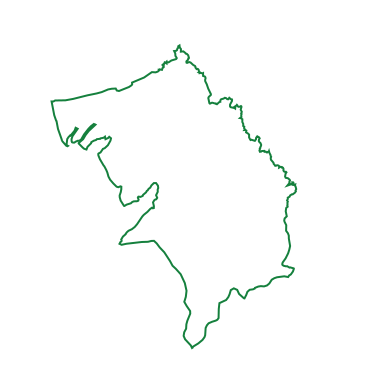 Paser, Kalimantan Timur, Indonesia (orthographic projection), rotated 155°
{"feature_id": "22746128B17746000623405", "entity_name": "Paser", "entity_type": "district", "adm_level": 2, "iso_a3": "IDN", "parent_name": "Indonesia", "parent_adm1": "Kalimantan Timur", "projection": "orthographic", "projection_center": [116.052, -1.688], "detail": "fine", "context": "isolated", "style": "outline", "palette": "green", "viewbox_px": 384, "rotation_deg": 155, "n_neighbors": 0, "source": "geoboundaries", "source_scale": "gbopen_adm2", "svg_char_len": 6070}
<svg xmlns="http://www.w3.org/2000/svg" viewBox="0 0 384 384"><g transform="rotate(155 192 192)"><path d="M141.4,330.1L142.9,329.9L143.5,328.5L144.5,328.3L145.7,326.9L146.7,326.7L148.6,327.3L148.6,324.7L149.5,322.4L149.2,320.1L149.4,319.6L150.3,319.2L155.1,319.9L158.4,319.4L159.5,319.8L159.9,320.3L159.8,320.9L160.3,320.7L160.8,319.3L162.0,321.0L163.4,319.7L163.7,320.0L165.1,319.6L165.1,318.8L164.4,318.1L164.9,317.1L166.3,316.8L167.6,315.4L169.6,316.9L170.1,316.3L170.5,316.6L170.6,316.1L172.1,315.6L174.4,315.8L177.7,317.6L187.0,316.0L200.1,316.5L200.7,314.9L201.6,314.3L204.7,313.8L215.5,314.4L217.3,315.8L217.4,318.0L221.1,319.5L224.7,320.4L231.6,320.7L236.7,321.6L245.9,323.8L260.4,326.6L268.0,328.6L277.4,332.8L279.3,332.6L281.0,333.4L284.4,319.8L285.0,314.0L284.8,313.6L286.8,305.8L287.9,294.5L288.2,293.5L288.6,293.5L288.2,293.3L286.4,287.1L285.5,286.1L284.9,286.2L285.5,287.0L285.6,288.1L282.7,292.7L280.8,293.9L278.5,294.8L278.3,294.4L272.5,297.2L270.3,299.4L268.9,297.6L276.7,293.1L278.8,290.9L279.6,289.0L279.7,287.8L279.0,287.1L277.8,286.5L276.0,286.8L273.7,286.7L272.7,286.1L270.3,286.4L265.5,289.8L259.2,293.0L255.9,294.3L251.5,295.3L251.9,295.0L251.0,293.8L259.7,291.0L264.4,288.6L268.3,285.9L274.0,284.3L274.2,283.9L272.3,278.5L271.5,276.8L269.7,275.1L267.6,277.1L262.9,278.8L262.2,279.7L259.4,280.0L257.0,279.7L255.9,280.1L252.7,279.0L252.3,279.3L249.1,278.5L247.5,278.9L248.1,276.4L245.1,276.4L243.7,277.0L242.7,274.9L244.2,273.0L248.5,269.9L252.6,268.6L254.5,268.7L258.2,266.5L260.4,266.4L260.9,266.1L261.4,264.7L261.6,260.6L260.9,253.3L260.6,252.4L260.4,248.3L260.5,245.5L261.2,241.3L261.0,237.7L259.7,233.0L258.1,228.7L256.8,227.5L254.5,227.4L253.8,226.7L254.9,224.4L256.7,221.9L259.0,219.5L259.7,217.9L260.3,214.4L259.5,208.2L259.1,207.9L256.6,208.2L252.1,207.6L250.4,208.2L248.6,208.1L245.8,206.9L244.4,206.8L243.6,207.7L243.5,209.7L242.7,210.4L242.4,210.4L240.7,209.3L238.3,209.3L237.5,210.1L233.8,211.1L232.5,212.1L231.5,212.2L230.0,213.2L228.0,213.6L226.0,215.1L222.8,216.2L220.8,215.3L220.2,212.1L220.9,209.9L222.1,208.7L223.0,206.6L225.9,204.3L226.0,201.4L227.5,200.5L228.6,200.7L229.6,200.5L231.7,199.1L232.5,195.3L233.4,193.6L234.4,193.8L234.8,194.7L237.1,194.3L240.8,192.8L245.3,191.7L247.4,190.8L255.4,186.0L258.7,184.5L262.2,183.7L265.9,183.7L267.9,183.1L269.7,182.2L269.9,181.8L273.4,180.8L276.2,178.9L276.2,178.0L276.8,177.1L278.0,176.9L279.6,175.7L278.1,173.9L273.3,172.8L258.6,167.9L253.0,165.5L249.5,164.8L247.1,163.8L245.7,160.3L244.7,155.4L242.6,149.1L241.1,138.6L240.8,133.4L239.1,129.2L237.0,122.2L237.0,112.5L238.7,104.8L241.9,99.6L245.4,95.7L245.0,90.9L244.0,84.9L245.0,82.5L250.6,77.3L253.0,74.5L255.1,70.6L258.3,68.2L260.4,65.1L260.5,61.4L257.9,53.4L257.9,50.6L257.3,50.7L257.3,51.3L250.3,52.1L245.0,53.5L242.1,55.1L240.6,56.6L237.1,63.0L234.8,64.9L232.4,66.0L228.6,65.9L224.8,65.4L223.0,65.5L221.2,66.5L217.1,74.8L214.1,79.7L206.7,79.7L203.5,81.4L201.1,83.5L198.3,86.7L194.8,87.0L192.4,84.2L192.4,79.7L189.9,73.8L189.4,73.4L186.3,75.8L184.0,78.1L181.1,79.0L177.8,78.0L175.9,78.0L175.5,78.5L171.9,78.3L169.4,77.6L166.6,76.0L163.5,75.6L160.6,76.4L156.8,78.8L153.8,79.1L151.0,78.8L144.0,76.6L140.8,74.3L139.2,75.3L137.3,75.5L134.1,77.3L132.1,79.4L132.1,79.8L134.9,82.2L135.6,82.3L137.1,84.5L138.2,84.9L140.0,86.3L140.8,87.5L140.7,88.5L139.6,89.8L135.2,92.3L130.8,95.8L128.3,98.5L125.9,101.6L123.9,108.9L122.7,111.6L122.5,114.0L123.1,117.1L120.6,122.1L120.7,126.1L120.4,127.3L119.2,128.9L116.4,129.9L115.2,134.9L113.6,137.4L113.1,137.9L111.6,138.2L111.3,138.7L111.3,139.7L110.5,140.6L110.2,141.8L109.2,142.8L109.4,144.2L108.1,145.2L107.6,146.4L105.6,146.5L104.5,147.4L102.5,147.7L101.8,147.3L99.0,147.9L97.6,148.7L97.6,149.5L96.3,150.6L95.8,153.4L96.0,154.3L95.4,155.1L96.4,155.1L97.5,155.8L96.2,157.1L96.2,157.9L96.7,158.2L96.7,157.6L97.6,157.6L98.0,157.0L98.6,157.5L98.9,157.1L102.9,157.5L100.2,158.8L99.2,160.4L98.3,161.0L98.3,161.9L99.3,164.0L101.1,165.3L101.1,166.7L99.4,169.1L98.1,169.9L98.3,170.6L99.4,171.1L100.0,171.9L100.0,173.0L99.3,174.3L99.3,175.5L100.1,176.0L99.9,176.5L101.0,177.4L102.7,177.3L102.3,177.9L102.2,179.0L102.9,179.9L103.7,180.3L105.0,180.3L105.7,180.9L105.6,181.6L106.1,183.0L105.8,184.1L106.8,187.9L106.3,189.6L105.4,190.4L105.5,191.6L105.2,192.2L105.3,194.8L105.0,196.4L105.3,196.1L106.8,196.4L107.2,196.1L107.7,196.4L108.1,197.4L109.3,197.8L109.1,198.7L111.3,199.6L112.5,199.4L112.8,199.8L113.4,199.8L113.4,201.0L112.4,202.1L112.2,202.8L111.4,203.1L111.2,203.7L109.8,204.8L109.3,205.8L109.3,207.7L109.8,208.5L109.9,210.0L109.0,211.4L108.0,212.0L108.1,213.1L109.2,214.7L109.6,214.2L110.1,214.5L111.0,214.0L111.8,212.7L113.4,211.8L116.1,214.3L116.9,214.3L117.1,214.8L117.2,217.3L116.0,219.9L116.5,221.3L117.8,223.2L116.8,224.6L117.3,225.6L118.3,226.0L117.6,226.4L117.8,227.9L117.0,229.1L117.7,230.2L116.8,232.0L116.8,234.2L115.6,236.7L116.5,238.2L117.2,238.7L115.5,239.1L114.9,240.9L114.1,241.7L114.3,242.3L113.0,243.6L113.1,246.0L111.2,248.2L111.1,248.8L111.3,249.2L112.6,249.1L113.9,249.6L114.5,250.8L114.3,251.4L114.5,252.0L115.2,251.6L117.3,251.3L117.0,250.4L117.6,249.4L118.0,250.1L121.2,252.6L121.3,253.7L120.5,255.2L117.3,257.6L116.7,258.7L116.7,259.1L117.4,259.4L118.4,261.6L119.9,260.7L120.8,261.2L121.4,262.6L122.4,263.5L123.9,263.3L126.2,263.7L126.9,263.6L128.1,262.4L128.2,261.8L129.5,261.9L132.3,261.0L133.0,261.6L133.0,262.2L134.0,262.7L135.8,264.3L136.7,264.6L137.8,264.4L138.5,264.6L138.7,265.2L137.5,270.3L136.6,271.1L133.9,272.0L133.5,272.7L133.6,278.8L133.1,283.5L133.2,286.8L132.7,288.1L131.6,289.4L131.4,290.5L131.6,291.3L132.9,292.5L131.7,295.1L132.5,295.1L133.6,296.2L134.9,296.5L134.7,297.0L135.2,297.5L134.4,297.6L134.7,299.0L134.4,299.7L134.5,300.7L135.3,301.5L135.9,301.5L136.3,303.3L135.9,304.3L136.0,304.9L137.2,306.6L138.6,310.0L139.7,311.0L141.9,311.1L142.3,311.5L142.1,312.4L141.6,312.9L139.8,313.5L139.2,314.3L138.5,314.4L138.4,315.0L138.0,315.2L137.7,317.6L138.3,319.3L139.2,320.1L139.2,320.7L140.4,323.1L142.8,323.9L141.6,326.2L142.0,328.2L141.4,330.1ZM261.8,291.3L270.6,285.5L255.5,293.7L261.8,291.3Z" fill="none" stroke="#15803d" stroke-width="2"/></g></svg>